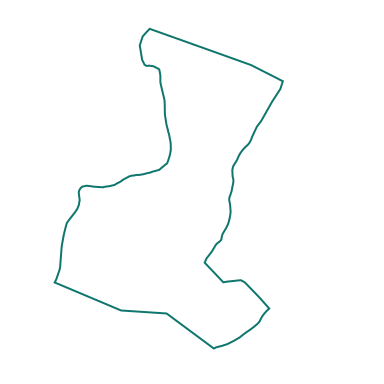 Augier, Laborie, Saint Lucia, rotated 18°
{"feature_id": "8701671B53372431800849", "entity_name": "Augier", "entity_type": "district", "adm_level": 2, "iso_a3": "LCA", "parent_name": "Saint Lucia", "parent_adm1": "Laborie", "projection": "albers", "projection_center": [-60.98, 13.767], "detail": "fine", "context": "isolated", "style": "outline", "palette": "teal", "viewbox_px": 384, "rotation_deg": 18, "n_neighbors": 0, "source": "geoboundaries", "source_scale": "gbopen_adm2", "svg_char_len": 3122}
<svg xmlns="http://www.w3.org/2000/svg" viewBox="0 0 384 384"><g transform="rotate(18 192 192)"><path d="M208.4,53.0L101.3,49.9L100.9,50.8L99.6,53.5L98.4,56.1L97.0,59.4L97.0,68.7L103.8,81.8L106.3,84.3L107.6,85.7L109.6,86.1L110.9,85.8L111.7,85.2L116.3,84.3L117.8,84.6L118.1,84.6L121.2,85.1L122.9,85.5L123.5,86.6L123.8,86.9L126.0,91.2L127.5,95.9L127.9,97.1L129.1,99.4L137.4,113.0L138.4,115.6L138.9,116.8L139.4,118.4L142.3,126.7L146.6,135.2L147.4,136.6L150.2,141.0L151.0,142.5L152.1,143.8L153.6,146.5L154.0,147.4L155.9,150.6L157.1,153.4L158.6,157.7L158.8,158.7L159.0,159.2L159.0,160.1L159.4,162.2L159.4,163.1L159.6,164.9L159.6,168.9L159.6,169.9L159.5,172.0L159.5,172.4L158.1,174.4L155.5,178.5L154.6,180.1L154.3,180.4L153.8,181.2L147.7,185.2L145.8,186.8L144.6,187.3L140.0,190.3L139.1,190.7L138.8,190.9L136.7,192.0L135.3,192.5L134.1,192.9L132.9,193.5L132.2,194.0L130.7,194.6L129.8,195.0L127.4,196.6L127.0,197.0L126.3,197.9L125.6,198.5L122.2,202.1L121.8,202.8L120.9,204.1L119.8,205.3L118.0,207.0L116.2,209.2L115.9,209.4L115.6,209.6L114.0,210.5L112.1,211.7L111.0,212.3L110.0,212.7L106.7,214.4L106.3,214.6L106.0,215.0L102.1,216.0L100.2,216.5L99.1,216.7L97.1,217.3L93.2,217.9L90.7,218.4L89.2,218.9L85.9,220.9L84.7,223.2L84.3,225.2L84.3,226.2L84.5,227.7L87.8,234.7L87.9,236.6L88.4,238.8L88.3,240.6L88.2,241.9L88.2,243.1L87.5,245.6L87.3,246.6L86.6,248.5L86.1,249.9L83.5,257.1L82.5,260.4L82.7,263.2L82.7,264.6L83.3,272.5L84.8,283.5L85.2,285.4L89.2,301.8L89.3,302.3L89.7,303.7L89.9,305.5L90.1,306.8L89.9,317.1L89.4,320.5L161.2,326.6L205.3,315.4L208.5,316.4L209.3,316.7L261.1,334.1L262.7,332.5L264.2,331.5L265.7,330.5L267.6,329.4L269.2,328.3L269.9,327.6L271.3,326.8L273.4,325.0L276.1,322.3L278.1,320.3L280.8,317.2L281.9,316.1L283.0,314.5L285.3,311.0L287.2,308.4L289.7,305.2L291.6,302.5L293.2,300.1L295.0,297.2L295.8,295.5L296.3,293.9L296.9,290.2L297.2,288.6L298.4,285.1L300.0,281.5L300.6,280.5L301.5,279.0L288.0,271.1L270.1,261.6L265.7,260.8L262.9,262.0L253.1,266.4L249.7,268.2L225.9,255.3L226.0,255.0L226.1,253.2L226.1,252.4L226.3,251.2L226.5,250.2L226.9,249.1L227.5,247.5L227.8,246.8L228.2,245.6L228.5,244.7L229.1,243.0L229.5,241.6L229.8,240.2L230.0,239.3L230.5,237.1L230.9,235.3L231.5,233.6L232.7,231.8L233.9,230.1L234.6,228.1L234.4,226.6L234.1,225.3L234.1,222.7L234.3,221.4L235.0,218.3L235.6,215.8L235.9,213.5L236.1,212.3L236.2,210.6L236.2,209.3L236.0,207.0L235.9,204.9L235.7,203.7L235.4,201.7L235.1,199.9L234.5,198.0L233.8,196.3L233.2,194.9L232.5,193.1L231.8,191.5L231.1,190.4L229.9,188.2L229.5,187.1L229.3,185.4L229.3,184.2L229.4,182.4L229.4,180.9L229.4,179.4L229.2,177.1L228.9,175.1L228.6,172.3L228.4,170.7L228.1,169.1L227.7,167.9L227.1,166.7L226.0,165.0L225.4,163.6L224.8,161.9L224.2,160.4L223.6,158.9L223.4,157.2L223.2,155.5L223.4,153.8L223.7,152.5L224.2,150.8L224.6,149.3L225.0,147.0L225.1,145.2L225.4,143.1L225.6,141.8L225.9,140.4L226.3,139.1L226.8,137.5L227.4,136.0L228.1,134.3L229.0,132.5L230.0,130.8L230.9,129.0L231.3,127.8L231.9,125.0L232.0,124.2L232.1,123.4L232.1,123.1L232.0,122.1L233.5,110.0L235.9,102.9L240.3,81.3L244.2,66.7L244.2,58.6L209.5,53.1L208.4,53.0Z" fill="none" stroke="#0f766e" stroke-width="2"/></g></svg>